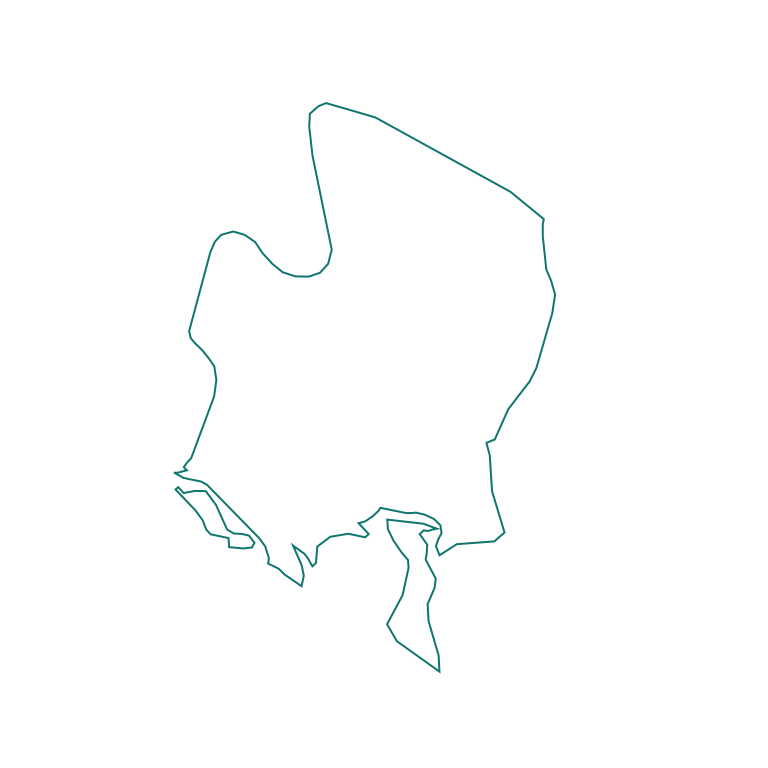 the border of Bà Rịa - Vũng Tàu, rotated 317°
{"feature_id": "VNM-495", "entity_name": "Bà Rịa - Vũng Tàu", "entity_type": "Province", "adm_level": 1, "iso_a3": "VNM", "parent_name": "Vietnam", "parent_adm1": "", "projection": "equal_earth", "projection_center": [107.178, 10.562], "detail": "fine", "context": "isolated", "style": "outline", "palette": "teal", "viewbox_px": 768, "rotation_deg": 317, "n_neighbors": 0, "source": "natural_earth", "source_scale": "10m", "svg_char_len": 1812}
<svg xmlns="http://www.w3.org/2000/svg" viewBox="0 0 768 768"><g transform="rotate(317 384 384)"><path d="M176.8,436.3L181.0,433.0L186.4,421.7L187.6,411.4L185.8,337.1L183.6,330.5L173.4,316.1L170.0,305.6L172.5,308.1L181.0,312.7L180.8,308.3L181.0,308.2L186.0,307.2L192.5,306.7L251.2,277.3L264.1,266.8L271.9,255.4L273.4,245.3L274.1,235.5L273.6,225.4L273.9,218.6L277.6,212.4L347.0,169.1L357.4,164.6L366.7,163.9L377.8,169.7L383.8,179.9L386.6,192.3L384.4,205.8L384.3,220.2L386.1,233.1L392.6,244.9L402.3,254.2L413.0,259.0L425.2,258.0L437.4,250.1L487.6,168.0L504.9,144.7L514.1,135.8L525.4,136.1L533.2,139.0L559.4,183.0L607.6,329.9L613.3,372.4L608.8,375.7L601.0,384.1L580.7,411.1L576.8,422.1L570.2,435.2L555.5,446.9L506.2,476.3L492.4,481.4L457.7,487.2L427.2,500.1L418.8,496.9L412.6,508.4L389.9,536.1L370.9,574.8L357.4,574.4L328.0,550.8L307.8,547.1L311.5,537.9L317.8,534.6L324.4,532.3L328.9,525.9L328.5,516.7L324.6,507.2L319.6,499.8L315.8,496.9L312.0,493.3L296.9,472.1L293.2,473.1L285.3,473.0L276.4,471.6L270.5,468.5L270.5,483.3L265.7,483.3L255.8,469.2L240.5,459.1L224.3,457.4L212.2,468.5L207.3,468.5L209.5,459.5L210.0,453.8L207.3,440.1L200.1,460.6L194.5,469.6L185.8,475.6L181.4,455.8L181.0,447.2L176.8,436.3ZM293.9,485.4L317.4,512.9L324.0,525.9L319.7,523.2L317.6,522.4L315.9,521.4L313.1,518.1L307.8,518.1L306.0,531.0L300.4,536.4L294.7,540.9L289.1,561.7L282.1,567.5L265.7,574.8L254.9,587.8L238.8,619.8L228.4,632.2L218.0,580.9L222.4,561.8L253.6,551.1L276.6,535.2L281.5,529.1L282.1,518.3L284.1,505.1L287.8,492.9L293.9,485.4ZM163.2,319.1L163.1,327.1L172.7,333.2L180.6,340.8L178.7,357.8L170.0,383.5L172.3,391.1L177.7,396.6L181.9,402.8L181.0,411.8L175.9,413.5L168.8,408.2L159.5,397.7L165.2,390.6L154.7,375.7L154.7,369.3L158.4,360.2L159.9,347.8L159.6,319.0L163.2,319.1Z" fill="none" stroke="#0f766e" stroke-width="2"/></g></svg>